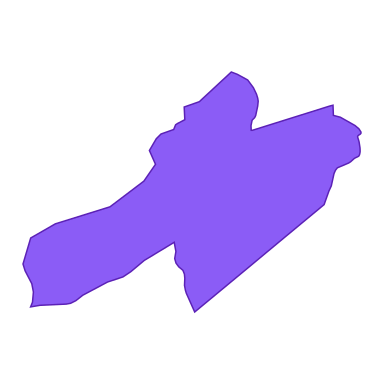 map outline of Neuchâtel (Albers equal-area conic projection)
{"feature_id": "CHE-161", "entity_name": "Neuchâtel", "entity_type": "Canton", "adm_level": 1, "iso_a3": "CHE", "parent_name": "Switzerland", "parent_adm1": "", "projection": "albers", "projection_center": [6.837, 47.007], "detail": "fine", "context": "isolated", "style": "filled", "palette": "violet", "viewbox_px": 384, "rotation_deg": 0, "n_neighbors": 0, "source": "natural_earth", "source_scale": "10m", "svg_char_len": 1240}
<svg xmlns="http://www.w3.org/2000/svg" viewBox="0 0 384 384"><path d="M30.6,306.9L32.5,302.2L33.4,292.0L31.8,283.7L25.1,270.8L23.0,264.0L30.7,238.0L55.4,223.8L110.0,206.8L143.9,181.1L155.5,164.3L149.4,150.5L156.3,138.7L161.0,134.0L173.7,129.5L175.6,124.8L177.5,123.5L184.8,119.7L184.2,107.0L199.3,101.7L231.3,72.0L237.3,74.3L247.7,80.0L253.4,87.7L256.5,94.2L257.7,98.1L258.2,101.2L257.7,106.1L255.7,115.5L255.2,116.6L254.6,117.7L252.7,119.6L252.1,120.3L251.0,125.7L251.2,130.3L252.4,130.3L329.5,106.1L333.0,105.2L333.4,115.4L340.3,117.2L355.0,125.5L359.0,128.9L361.0,132.1L360.9,133.4L360.2,134.2L358.9,135.0L358.1,135.6L357.6,136.5L357.8,137.6L358.2,138.9L358.6,140.1L359.1,142.0L360.0,147.8L360.1,149.8L360.1,151.8L359.9,153.1L359.5,154.8L358.7,156.2L357.2,157.0L355.4,157.8L354.0,158.7L350.7,161.7L348.7,163.0L337.4,167.8L335.5,170.2L334.0,173.6L331.3,185.9L328.9,191.1L324.1,204.6L286.0,236.2L266.5,252.4L250.2,266.0L194.7,312.0L186.3,293.2L185.4,290.2L184.5,285.4L184.8,278.3L184.4,274.1L182.9,270.3L178.8,266.9L176.0,263.1L174.7,258.6L175.9,251.5L174.2,242.3L144.3,260.4L130.8,271.7L123.0,276.9L107.6,282.0L82.8,295.2L75.8,300.7L70.6,303.3L66.2,304.1L40.0,305.3L30.6,306.9Z" fill="#8b5cf6" stroke="#5b21b6" stroke-width="1.5"/></svg>